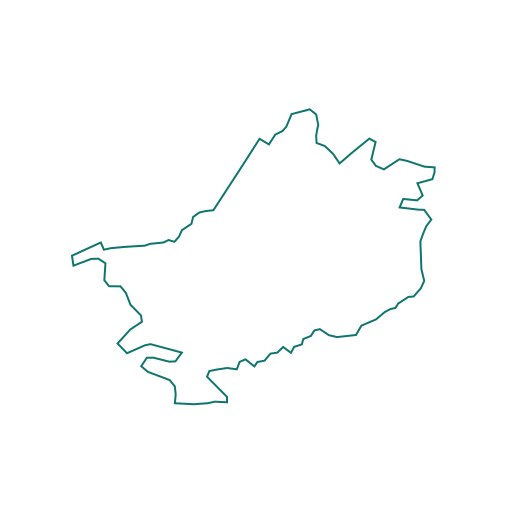 São João da Urtiga, Rio Grande do Sul, Brazil, rotated 301°
{"feature_id": "56859067B38946215789436", "entity_name": "São João da Urtiga", "entity_type": "district", "adm_level": 2, "iso_a3": "BRA", "parent_name": "Brazil", "parent_adm1": "Rio Grande do Sul", "projection": "natural_earth1", "projection_center": [-51.841, -27.789], "detail": "fine", "context": "isolated", "style": "outline", "palette": "teal", "viewbox_px": 512, "rotation_deg": 301, "n_neighbors": 0, "source": "geoboundaries", "source_scale": "gbopen_adm2", "svg_char_len": 1650}
<svg xmlns="http://www.w3.org/2000/svg" viewBox="0 0 512 512"><g transform="rotate(301 256 256)"><path d="M400.5,241.8L408.3,234.7L409.4,226.5L395.9,213.4L382.6,215.4L376.8,214.4L370.0,210.0L358.3,209.6L358.3,198.7L323.3,197.7L273.3,195.9L268.4,189.5L264.2,185.1L257.1,182.0L250.3,184.1L240.0,179.2L233.0,180.0L226.2,178.8L224.6,172.8L219.9,169.7L211.8,158.9L207.7,155.5L196.2,138.8L187.9,127.5L183.1,122.4L187.6,116.0L161.5,98.1L153.7,104.5L168.6,116.2L172.5,122.3L172.2,130.7L157.1,138.5L154.4,145.6L160.2,155.5L157.3,163.5L149.6,173.5L145.8,188.0L140.9,192.1L128.3,186.1L109.7,182.4L106.2,195.5L122.4,206.9L126.1,211.0L135.0,242.2L124.2,241.2L120.8,236.2L116.0,220.4L112.5,214.8L102.4,214.4L101.0,223.0L105.2,246.0L102.4,253.6L95.9,258.5L88.0,262.3L96.9,279.0L104.9,290.4L109.9,295.7L115.7,306.5L120.3,303.7L127.3,276.2L133.4,275.3L138.5,280.9L145.1,288.9L149.0,297.9L156.8,296.5L162.0,300.2L160.5,311.5L165.9,311.8L170.6,317.2L179.8,318.7L184.2,324.1L192.0,326.1L191.0,335.8L197.8,335.5L203.8,340.8L209.2,339.3L215.7,344.2L222.3,344.4L226.2,348.4L225.7,359.4L228.3,367.3L239.8,382.4L250.6,382.2L263.4,391.5L274.4,395.3L279.4,398.3L283.4,402.3L288.4,402.3L299.4,407.7L302.5,412.0L313.2,413.9L321.3,413.0L330.1,404.4L336.3,400.4L353.1,389.4L360.9,387.8L369.2,386.6L377.5,387.5L382.2,376.4L379.4,371.4L371.6,354.1L380.7,352.8L386.7,365.5L393.7,367.7L401.5,356.9L412.7,367.6L419.5,366.0L424.0,363.5L419.3,354.3L415.3,336.4L412.8,329.1L396.1,321.0L395.0,312.4L398.0,305.2L415.3,299.8L415.0,292.7L393.2,284.8L378.4,280.0L383.3,269.3L385.7,258.3L384.1,249.7L390.1,245.6L394.7,243.8L400.5,241.8Z" fill="none" stroke="#0f766e" stroke-width="2"/></g></svg>